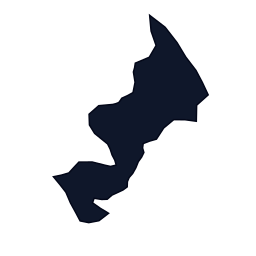 map outline of Şamaxı (Natural Earth projection), rotated 37°
{"feature_id": "AZE-1716", "entity_name": "Şamaxı", "entity_type": "District", "adm_level": 1, "iso_a3": "AZE", "parent_name": "Azerbaijan", "parent_adm1": "", "projection": "natural_earth1", "projection_center": [48.613, 40.608], "detail": "fine", "context": "isolated", "style": "filled", "palette": "ink", "viewbox_px": 256, "rotation_deg": 37, "n_neighbors": 0, "source": "natural_earth", "source_scale": "10m", "svg_char_len": 1017}
<svg xmlns="http://www.w3.org/2000/svg" viewBox="0 0 256 256"><g transform="rotate(37 128 128)"><path d="M163.8,207.8L160.6,219.5L153.6,227.2L145.7,231.0L137.4,227.1L127.0,222.4L117.1,216.7L107.5,214.1L97.8,211.8L103.1,205.8L107.8,199.5L108.5,192.1L109.3,184.8L119.9,176.7L132.2,171.5L137.2,169.2L140.9,164.7L136.8,161.6L131.5,159.1L126.5,155.6L121.3,153.0L112.9,152.7L104.6,152.4L95.4,148.8L88.6,140.4L91.2,127.8L101.7,118.3L103.7,115.8L105.3,113.2L105.3,110.2L105.1,108.0L108.2,102.3L110.7,96.7L106.1,87.2L98.6,80.0L97.0,75.9L94.8,71.8L102.4,58.7L100.8,45.2L88.1,36.7L77.5,25.0L97.0,25.2L115.8,30.3L131.5,36.6L147.6,41.1L160.0,46.9L172.1,53.3L169.1,68.5L178.5,81.5L168.5,87.1L159.5,93.8L156.5,106.5L157.4,119.8L153.1,125.5L149.5,131.3L151.7,135.2L155.4,138.0L156.4,143.1L156.5,148.7L158.2,155.0L159.1,161.5L158.7,166.8L159.8,171.2L162.8,175.5L161.3,180.5L158.5,185.8L155.6,191.2L154.3,197.4L150.0,200.9L143.2,204.5L144.7,209.1L154.1,208.8L163.8,207.8Z" fill="#0f172a" stroke="#020617" stroke-width="1.5"/></g></svg>